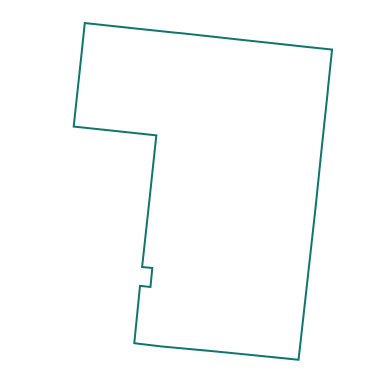 McKinley, New Mexico, United States of America (Equal Earth projection), rotated 96°
{"feature_id": "52423323B62088987492925", "entity_name": "McKinley", "entity_type": "district", "adm_level": 2, "iso_a3": "USA", "parent_name": "United States of America", "parent_adm1": "New Mexico", "projection": "equal_earth", "projection_center": [-108.491, 35.481], "detail": "fine", "context": "isolated", "style": "outline", "palette": "teal", "viewbox_px": 384, "rotation_deg": 96, "n_neighbors": 0, "source": "geoboundaries", "source_scale": "gbopen_adm2", "svg_char_len": 590}
<svg xmlns="http://www.w3.org/2000/svg" viewBox="0 0 384 384"><g transform="rotate(96 192 192)"><path d="M35.7,67.6L35.7,85.8L35.7,94.7L35.7,96.8L35.5,159.5L35.5,160.0L35.4,176.2L35.2,219.8L35.3,224.7L35.3,230.9L35.3,246.9L35.3,264.7L35.2,316.3L70.5,316.3L130.3,316.5L133.2,316.5L139.3,316.5L139.4,236.6L139.4,235.1L139.4,233.4L203.6,233.5L253.5,233.7L271.8,233.8L271.7,223.5L290.8,223.4L290.8,233.9L348.4,233.6L348.8,206.5L348.1,150.4L347.7,68.5L290.6,68.1L256.6,67.9L196.4,67.5L127.7,67.6L79.1,67.5L75.0,67.6L56.7,67.6L35.7,67.6Z" fill="none" stroke="#0f766e" stroke-width="2"/></g></svg>